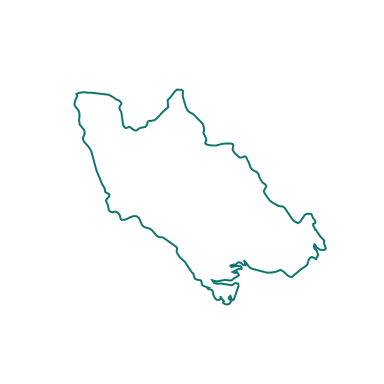 the border of Sud-Ouest, rotated 294°
{"feature_id": "CMR-799", "entity_name": "Sud-Ouest", "entity_type": "Province", "adm_level": 1, "iso_a3": "CMR", "parent_name": "Cameroon", "parent_adm1": "", "projection": "albers", "projection_center": [9.217, 5.228], "detail": "fine", "context": "isolated", "style": "outline", "palette": "teal", "viewbox_px": 384, "rotation_deg": 294, "n_neighbors": 0, "source": "natural_earth", "source_scale": "10m", "svg_char_len": 4087}
<svg xmlns="http://www.w3.org/2000/svg" viewBox="0 0 384 384"><g transform="rotate(294 192 192)"><path d="M229.2,48.1L233.1,48.1L234.5,47.0L234.6,46.7L236.3,48.1L239.1,52.4L240.5,57.0L241.6,59.2L247.0,76.5L246.4,82.2L245.8,84.6L245.9,88.2L245.3,90.1L244.5,91.3L243.3,91.7L242.1,91.5L241.1,91.1L238.7,91.7L236.1,95.0L225.3,101.8L223.9,103.6L223.4,105.0L223.7,105.8L223.9,106.0L224.0,106.3L225.0,107.1L226.1,108.6L224.9,114.2L225.3,115.7L226.2,116.7L227.4,117.2L228.6,117.9L229.8,119.1L232.5,122.9L235.1,123.6L238.0,123.0L239.1,123.5L239.7,124.2L240.6,126.2L241.6,127.5L243.0,128.9L246.2,130.5L252.8,132.5L259.7,135.8L265.9,132.4L270.2,133.9L275.7,135.1L279.2,136.3L281.0,140.6L280.9,141.5L280.5,142.7L275.6,144.6L266.9,152.1L265.1,154.3L264.1,156.1L263.6,161.0L263.1,162.9L258.5,174.4L254.3,177.6L250.5,178.5L246.6,183.1L245.3,183.9L244.0,184.1L242.8,184.1L241.9,184.3L241.4,185.3L241.4,186.4L242.3,190.5L244.2,195.0L248.4,200.2L249.9,202.8L252.0,207.6L252.4,209.6L251.2,210.9L247.4,211.7L245.5,214.0L244.1,217.4L243.2,220.2L242.9,221.7L243.6,223.2L246.1,225.8L245.9,227.1L245.2,228.2L244.0,229.3L242.0,232.0L238.4,235.3L237.3,237.0L236.8,238.8L236.6,240.0L236.6,242.9L235.4,245.5L232.5,247.9L229.4,252.4L228.7,256.1L227.9,257.1L226.8,257.5L225.9,257.6L224.5,257.2L221.9,257.3L221.1,258.0L219.3,260.5L215.7,266.8L215.0,269.9L214.5,276.2L214.7,277.9L215.7,280.9L215.1,283.3L207.4,295.5L206.8,298.7L206.6,301.5L208.9,302.9L216.7,304.3L218.3,305.3L219.2,306.5L220.1,309.1L220.2,310.2L219.5,311.1L218.1,312.4L217.3,313.5L216.1,315.7L215.2,316.6L214.4,317.0L213.6,317.2L212.2,315.7L210.9,316.2L207.8,319.7L208.1,320.1L207.7,320.5L203.3,327.8L202.2,330.5L201.9,331.6L201.7,332.1L201.4,332.4L200.3,332.8L198.3,333.9L194.7,337.3L192.6,336.3L191.4,332.5L192.0,328.4L194.0,325.8L194.0,325.1L191.3,325.7L190.0,327.5L189.4,329.5L185.6,333.0L182.3,332.4L181.2,332.6L181.3,330.6L181.5,329.0L181.2,327.7L179.6,326.5L178.3,326.3L176.3,326.3L174.3,326.5L173.2,326.9L171.5,326.6L165.6,322.9L156.0,318.3L154.6,317.4L154.4,314.3L156.6,307.6L156.8,304.4L153.4,301.3L150.8,297.5L148.8,293.2L146.2,277.4L146.8,274.7L149.6,269.7L150.7,267.1L148.3,269.8L146.8,270.6L146.2,269.0L146.5,267.7L146.9,266.3L147.2,264.9L146.9,263.3L146.1,262.5L143.6,261.6L142.8,259.8L141.9,258.5L140.9,257.5L140.1,257.1L139.6,258.6L143.1,263.8L143.8,266.3L143.2,268.0L142.2,268.5L141.3,267.7L140.9,266.0L135.5,261.7L135.5,263.2L135.6,264.3L136.1,265.2L137.1,265.6L135.6,268.3L135.1,268.7L134.4,268.4L132.2,267.1L131.7,266.7L130.9,265.7L129.1,265.1L127.3,264.0L126.4,262.1L125.2,258.0L120.3,250.9L119.6,246.5L117.8,249.3L118.5,252.5L120.2,255.8L123.0,266.2L124.0,267.1L125.3,267.7L126.4,268.6L127.1,271.5L124.8,272.8L110.9,273.9L109.7,273.3L110.2,271.9L111.6,270.4L112.8,269.3L111.5,268.7L110.2,268.7L109.4,269.3L108.7,271.7L107.8,272.1L106.5,272.0L105.2,271.7L103.5,270.0L103.0,267.3L103.5,265.3L105.2,265.6L105.8,264.1L108.2,260.2L106.7,261.3L105.3,261.3L104.2,260.4L103.7,258.6L103.9,257.1L104.8,255.6L106.7,253.4L109.9,251.2L110.5,250.3L110.6,248.9L110.2,247.6L109.9,246.2L110.6,244.9L111.3,245.7L110.9,241.3L111.1,239.1L112.4,238.1L112.9,237.9L113.0,237.9L114.9,236.1L114.5,234.5L114.1,232.9L113.8,230.6L114.8,228.8L117.8,226.6L118.5,224.6L122.8,217.7L124.5,215.4L125.5,213.2L127.1,208.3L127.8,206.8L130.0,203.5L131.1,202.4L132.3,201.8L133.6,201.6L134.8,201.0L135.6,199.6L138.6,184.5L138.5,183.3L137.5,180.6L137.4,179.2L138.1,176.5L140.5,171.8L141.2,169.3L141.2,166.9L140.8,164.8L140.6,162.6L141.3,160.2L143.0,158.0L145.1,156.0L146.8,153.9L147.3,151.2L146.1,148.2L144.0,146.0L141.6,144.1L139.3,141.9L137.9,139.1L138.7,137.5L140.7,136.1L142.6,133.7L143.1,130.9L142.2,128.9L141.0,127.2L140.8,124.9L142.0,123.1L145.9,120.5L147.4,118.6L149.2,116.8L151.6,117.1L154.0,118.0L156.0,117.7L156.4,116.3L156.6,113.1L157.2,112.4L159.0,111.4L160.4,109.9L162.8,106.5L173.0,95.8L188.1,83.6L191.0,79.6L194.1,72.9L195.6,71.2L197.1,70.4L198.4,70.2L199.8,70.4L201.6,70.3L204.7,68.4L208.0,61.9L211.3,59.9L211.9,59.6L216.4,58.0L218.6,56.8L220.4,55.1L222.9,50.2L224.6,48.8L227.9,48.2L229.2,48.1Z" fill="none" stroke="#0f766e" stroke-width="2"/></g></svg>